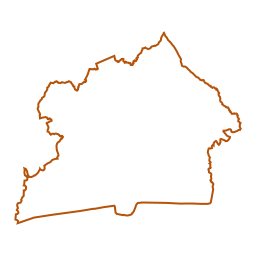 Wa East, Upper West, Ghana
{"feature_id": "2480657B52594370214383", "entity_name": "Wa East", "entity_type": "district", "adm_level": 2, "iso_a3": "GHA", "parent_name": "Ghana", "parent_adm1": "Upper West", "projection": "natural_earth1", "projection_center": [-2.09, 10.084], "detail": "fine", "context": "isolated", "style": "outline", "palette": "amber", "viewbox_px": 256, "rotation_deg": 0, "n_neighbors": 0, "source": "geoboundaries", "source_scale": "gbopen_adm2", "svg_char_len": 5691}
<svg xmlns="http://www.w3.org/2000/svg" viewBox="0 0 256 256"><path d="M221.4,102.1L220.5,101.6L220.1,100.1L220.3,99.2L220.1,97.6L219.8,96.6L219.2,96.1L218.6,94.9L218.6,93.7L219.2,93.2L219.2,92.9L218.4,92.1L217.0,89.1L216.7,89.1L216.8,89.7L216.4,89.8L215.9,88.4L215.2,88.5L214.0,87.3L213.1,87.3L212.5,87.8L211.1,87.0L210.6,85.9L210.1,86.1L208.6,85.0L207.5,83.7L205.4,83.1L204.7,82.3L203.5,80.0L202.9,80.0L202.0,80.5L200.8,79.9L200.2,79.8L199.9,79.3L198.1,77.5L197.1,77.3L196.1,76.7L192.6,73.1L190.6,71.8L189.7,70.5L188.6,69.7L186.8,67.6L184.9,66.5L183.4,66.5L182.2,66.0L181.6,64.3L181.5,63.3L180.9,62.3L180.7,60.9L181.0,59.4L180.9,58.9L178.7,55.2L176.6,51.0L174.0,46.7L171.6,43.9L171.1,43.0L168.0,39.9L166.8,37.6L165.3,36.0L164.0,32.8L163.6,33.1L163.5,34.1L162.9,34.7L161.8,36.5L161.0,38.4L161.1,39.6L160.6,40.7L158.8,42.5L158.6,43.4L158.0,44.3L155.4,45.8L155.0,46.0L154.6,45.7L151.9,46.5L151.1,47.1L150.7,47.9L150.2,48.3L148.3,49.1L145.9,48.1L145.3,47.5L143.9,48.3L142.6,48.3L142.3,49.8L141.6,51.1L141.2,52.8L140.0,53.5L137.8,55.7L137.6,56.4L137.9,57.3L137.8,57.6L136.9,57.8L136.3,58.3L136.3,59.1L136.9,59.5L136.1,60.9L135.8,61.2L134.7,61.3L134.3,60.6L133.5,61.2L133.4,61.8L133.6,63.3L133.3,63.7L133.0,63.3L132.7,63.3L132.5,65.0L130.8,65.0L130.5,64.5L130.4,63.3L130.1,63.0L128.9,63.1L128.2,62.6L127.1,62.7L125.7,61.7L125.3,61.9L125.1,62.7L124.7,62.8L124.0,61.5L123.3,61.0L123.4,59.0L122.8,58.8L121.5,59.0L121.0,59.8L119.9,60.4L119.6,61.0L118.7,61.9L118.3,62.1L117.6,61.8L117.3,61.4L117.6,61.4L117.6,61.1L116.3,60.9L115.2,60.0L114.3,55.9L96.2,63.7L97.8,68.8L97.7,69.1L97.4,69.3L96.2,69.1L95.9,69.6L95.4,69.6L94.5,68.8L94.3,69.0L93.3,69.1L93.0,69.4L91.6,69.1L90.5,69.3L90.3,69.0L89.5,69.0L87.6,74.7L86.5,77.0L85.1,79.5L85.7,79.7L86.1,80.1L86.1,80.9L85.7,81.8L85.4,82.1L84.8,82.2L84.2,81.7L81.8,83.9L79.3,84.2L79.0,85.7L78.2,86.9L78.5,87.6L78.0,88.2L78.1,89.1L77.4,89.8L77.5,90.3L77.3,90.5L76.6,90.5L74.9,89.2L74.7,88.2L74.2,87.4L74.3,86.5L73.3,86.3L72.9,85.6L73.0,85.2L71.4,83.2L71.0,82.3L68.9,81.2L67.6,82.1L66.8,82.0L65.7,82.7L64.8,82.9L61.8,82.2L60.7,83.1L58.8,82.7L58.6,82.9L57.9,82.6L57.5,81.8L56.5,81.3L56.1,81.7L55.5,81.6L55.3,81.9L54.8,81.9L53.4,83.2L50.6,82.7L49.9,84.2L49.4,84.6L48.6,86.7L47.6,87.3L47.5,87.7L47.2,87.8L47.3,88.9L47.2,89.6L46.0,91.6L45.0,92.6L44.4,96.1L43.3,97.2L42.5,97.5L42.0,97.9L41.7,99.3L40.2,100.6L39.4,102.2L38.8,102.8L38.3,104.3L38.4,107.1L37.7,108.3L37.7,109.1L38.8,111.6L39.4,112.5L40.1,114.5L40.1,114.8L39.7,115.1L40.0,118.4L43.0,117.5L45.7,117.1L47.2,117.7L47.7,119.1L48.5,119.2L49.4,118.4L51.3,119.5L51.6,120.8L50.6,121.3L49.9,121.4L47.5,122.8L46.9,122.8L46.6,123.1L48.5,127.2L48.2,128.8L47.6,130.1L47.6,131.6L48.4,131.7L49.3,132.5L50.1,134.0L50.8,134.7L52.3,133.7L53.5,133.8L54.1,134.2L55.3,133.6L56.1,133.6L58.4,134.3L58.9,135.0L59.4,135.2L59.9,136.0L60.7,135.9L60.9,136.2L61.2,136.0L61.7,136.4L62.3,136.1L62.8,136.7L62.7,136.8L62.9,137.1L62.7,137.5L61.8,138.5L61.3,138.6L61.4,139.1L60.5,139.6L59.8,141.1L59.5,141.5L58.3,142.0L57.1,143.5L56.5,145.6L56.7,149.3L57.3,151.6L57.8,152.6L58.5,155.5L57.2,157.3L57.6,158.7L55.2,158.9L52.2,160.0L50.4,162.1L47.9,163.2L44.3,165.7L44.6,166.7L44.6,168.8L44.1,169.7L43.4,170.3L42.3,170.3L40.3,169.5L40.0,169.0L39.9,169.6L39.0,170.7L38.6,171.8L36.7,174.1L35.5,174.9L35.2,175.4L34.1,175.5L33.2,176.3L31.3,177.0L28.8,176.9L28.4,175.4L27.9,175.3L27.0,171.1L26.5,170.1L25.7,168.9L24.4,168.4L24.7,169.5L24.4,172.5L24.9,175.3L26.5,176.3L27.4,177.8L27.3,179.7L26.6,180.3L24.5,180.6L24.2,184.6L23.9,185.3L24.7,185.3L25.2,185.8L26.1,186.9L25.9,189.1L24.6,190.6L23.8,190.5L23.7,195.9L22.5,197.1L21.2,199.7L21.6,200.6L20.6,202.6L17.9,203.3L17.5,203.8L17.2,204.7L17.3,206.4L18.0,208.0L16.8,210.0L17.7,210.9L18.2,211.9L18.4,212.9L17.5,213.9L15.9,214.3L15.4,219.5L17.4,220.3L18.0,221.0L18.1,221.8L17.7,223.2L34.0,217.6L52.1,214.8L80.8,210.9L92.0,209.0L94.0,208.7L94.3,208.9L103.5,207.2L114.2,205.7L114.8,206.4L115.6,212.6L116.8,213.9L122.7,215.1L123.7,214.8L125.1,215.3L127.8,215.5L131.1,214.6L132.1,213.7L132.1,213.2L132.6,213.0L133.8,211.3L135.3,207.6L136.0,205.3L137.4,203.3L138.0,202.9L140.3,202.8L141.5,202.5L166.3,202.9L179.9,203.6L191.5,203.5L202.0,203.9L207.5,203.9L209.8,203.4L210.8,202.4L211.7,197.7L213.2,189.2L213.1,188.5L212.7,187.6L212.6,186.6L213.3,184.6L213.2,183.5L212.8,183.4L212.1,182.2L211.6,182.2L211.3,181.5L211.1,181.5L211.1,181.4L210.7,180.9L210.9,180.1L210.6,180.0L211.3,178.9L211.4,178.2L210.9,176.8L211.3,175.1L211.3,174.1L211.1,173.6L210.4,173.1L209.0,172.4L208.8,170.5L208.4,169.4L208.8,168.6L210.4,168.1L210.7,167.7L210.2,166.5L210.4,164.5L210.2,163.9L209.5,163.5L210.6,162.3L209.3,160.7L209.5,158.7L209.9,157.5L208.5,155.1L208.4,153.9L207.8,152.6L208.0,150.9L208.7,148.6L209.2,148.3L210.8,148.5L212.0,148.1L211.8,146.4L212.0,145.8L213.0,144.8L213.6,145.4L213.7,143.2L214.7,141.8L215.9,141.0L216.3,141.1L218.0,144.0L218.9,144.8L219.5,144.2L220.5,141.9L220.3,139.6L220.5,139.1L221.4,139.1L223.4,139.8L224.8,140.4L225.2,140.9L225.7,141.2L227.2,141.0L228.5,139.9L229.9,137.8L229.9,136.9L227.8,136.2L226.8,135.5L223.4,131.4L223.5,130.7L226.3,130.5L229.2,129.2L230.6,129.4L231.1,130.1L231.4,131.7L232.3,132.2L233.9,132.2L237.3,130.9L238.6,130.0L240.1,129.8L240.3,128.6L240.6,128.5L239.6,126.6L239.8,126.0L239.7,125.7L239.9,125.1L239.8,124.6L240.5,123.2L239.8,122.9L239.6,122.1L238.3,121.4L238.3,120.2L239.0,119.0L237.7,117.3L237.3,115.6L237.7,115.4L236.9,113.8L236.3,113.5L235.1,113.8L234.1,113.3L233.4,113.8L231.8,113.8L230.8,112.0L230.4,112.1L230.0,111.7L229.8,111.0L229.9,110.5L229.1,110.2L229.0,109.1L228.4,108.4L228.3,107.7L228.0,107.4L227.1,107.6L226.7,107.2L225.9,107.1L225.7,106.6L223.5,105.4L223.0,104.8L222.2,104.3L222.4,103.5L221.4,102.1Z" fill="none" stroke="#b45309" stroke-width="2"/></svg>